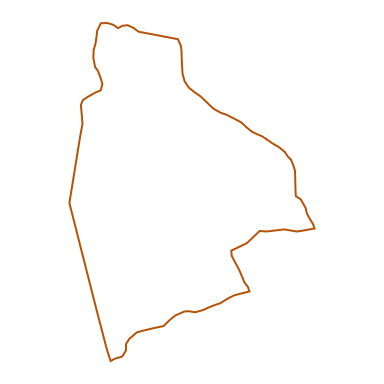 the district of Mogeiro, Paraíba, Brazil
{"feature_id": "56859067B61318490511597", "entity_name": "Mogeiro", "entity_type": "district", "adm_level": 2, "iso_a3": "BRA", "parent_name": "Brazil", "parent_adm1": "Paraíba", "projection": "robinson", "projection_center": [-35.482, -7.296], "detail": "fine", "context": "isolated", "style": "outline", "palette": "amber", "viewbox_px": 384, "rotation_deg": 0, "n_neighbors": 0, "source": "geoboundaries", "source_scale": "gbopen_adm2", "svg_char_len": 1280}
<svg xmlns="http://www.w3.org/2000/svg" viewBox="0 0 384 384"><path d="M133.1,27.7L127.6,25.2L122.3,25.8L118.0,28.2L113.5,24.9L107.3,23.0L100.8,23.3L97.2,30.7L96.4,37.8L95.3,44.4L93.6,50.3L93.4,58.3L95.1,67.0L97.9,70.8L100.3,77.1L102.4,84.2L100.7,90.4L95.8,92.3L88.1,96.7L83.1,99.9L80.9,104.8L82.5,123.6L79.9,138.0L69.4,203.0L79.2,241.6L95.8,307.0L106.7,348.8L110.6,361.0L114.9,358.7L122.1,356.6L125.9,350.6L126.1,343.8L129.3,338.9L136.8,332.4L142.5,330.8L155.1,327.8L163.5,326.1L169.5,320.2L175.3,315.5L184.3,311.5L188.9,311.2L194.9,312.3L203.0,310.1L208.8,307.4L214.3,305.2L220.1,303.3L228.9,297.9L234.6,295.2L249.5,291.4L247.8,286.7L244.7,282.9L239.2,269.9L234.2,260.6L231.7,255.8L231.3,250.6L247.1,243.0L259.6,231.0L266.7,231.5L284.2,229.4L296.7,231.5L301.7,230.8L314.6,228.5L312.9,223.9L309.6,218.5L306.8,213.3L305.6,207.9L300.8,199.4L295.8,196.1L295.5,190.0L295.2,178.2L295.0,170.7L293.5,165.9L291.2,160.0L287.8,156.5L284.7,151.9L279.2,147.3L272.9,143.7L266.9,139.4L261.9,136.2L256.5,133.9L251.9,131.7L247.3,128.0L241.4,122.5L236.6,119.9L231.1,117.1L227.0,114.9L220.6,112.7L213.3,108.6L207.4,102.9L200.7,96.5L194.4,92.1L188.6,87.4L184.6,81.2L182.5,73.6L181.7,59.0L181.5,50.5L180.7,45.3L177.9,39.2L138.6,31.7L133.1,27.7Z" fill="none" stroke="#b45309" stroke-width="2"/></svg>